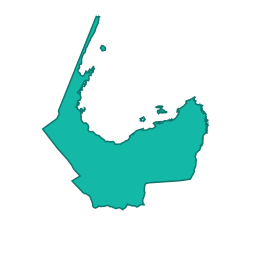 Nabire, Papua, Indonesia (Equal Earth projection), rotated 27°
{"feature_id": "22746128B29146649309875", "entity_name": "Nabire", "entity_type": "district", "adm_level": 2, "iso_a3": "IDN", "parent_name": "Indonesia", "parent_adm1": "Papua", "projection": "equal_earth", "projection_center": [135.366, -3.206], "detail": "fine", "context": "isolated", "style": "filled", "palette": "teal", "viewbox_px": 256, "rotation_deg": 27, "n_neighbors": 0, "source": "geoboundaries", "source_scale": "gbopen_adm2", "svg_char_len": 5796}
<svg xmlns="http://www.w3.org/2000/svg" viewBox="0 0 256 256"><g transform="rotate(27 128 128)"><path d="M177.2,189.1L175.1,187.7L173.7,185.3L173.3,181.6L172.4,177.9L171.0,176.6L170.1,174.5L168.8,171.1L169.0,169.8L169.9,168.6L172.4,166.8L198.6,151.1L206.8,145.2L206.9,138.1L206.7,136.5L205.8,134.9L205.6,131.4L204.3,128.0L203.6,127.2L203.6,125.6L200.5,122.9L200.7,121.3L200.0,119.4L200.5,118.8L200.5,118.1L201.8,115.1L201.3,111.4L201.8,109.7L200.9,110.0L201.4,109.2L201.0,107.6L201.3,107.3L200.8,107.2L200.7,105.7L199.3,103.9L199.7,103.6L199.3,103.3L199.2,102.1L198.5,101.9L198.4,100.4L199.2,97.8L199.9,97.2L199.8,96.7L200.6,96.4L199.9,95.6L199.5,95.9L199.7,95.2L199.1,95.2L199.0,95.8L198.8,95.1L199.6,94.0L199.1,93.8L198.8,94.3L198.3,94.0L198.7,93.0L198.2,92.8L198.1,93.5L197.7,92.9L198.4,92.0L197.6,91.5L198.1,90.8L197.8,90.2L198.2,89.2L197.5,89.2L197.0,89.9L196.8,89.3L197.3,88.6L197.0,88.0L196.2,90.0L195.7,90.0L195.5,89.3L196.3,88.7L195.2,87.6L195.3,86.2L195.7,85.7L195.3,85.5L194.6,86.3L193.8,85.7L193.7,86.2L194.4,87.2L193.4,86.8L193.8,85.1L194.6,84.7L193.7,84.6L193.4,83.9L192.5,84.7L192.4,84.1L192.9,83.5L192.4,83.2L191.8,83.7L192.5,82.4L191.5,81.7L191.4,80.5L190.5,80.4L190.2,80.9L190.3,79.8L189.0,79.5L188.8,80.9L188.4,80.9L188.0,79.9L188.5,79.5L188.4,79.0L188.0,78.8L186.6,79.7L186.7,78.5L186.4,78.3L185.9,79.1L185.1,77.8L184.8,78.1L185.0,79.5L184.4,78.2L185.2,77.3L185.2,76.8L183.7,76.5L184.2,74.1L182.8,74.3L182.3,75.0L181.2,74.2L180.3,75.5L177.3,75.8L176.5,74.7L176.2,73.0L173.9,73.5L174.1,72.8L173.6,71.2L173.9,70.5L173.4,70.0L171.5,73.4L170.7,74.0L170.1,75.6L169.4,75.5L168.3,77.2L167.7,77.3L167.6,78.1L168.9,79.4L168.4,79.6L168.4,80.8L167.5,83.4L165.5,87.2L164.0,87.8L164.4,89.1L164.4,91.0L165.0,91.2L165.7,89.7L166.3,90.3L166.6,92.2L166.3,93.3L166.6,94.2L166.3,94.5L166.3,96.1L165.4,99.3L164.8,99.8L164.7,99.2L164.5,100.5L164.0,100.8L162.9,100.4L163.0,102.2L162.9,102.3L161.9,101.7L161.7,102.5L160.3,102.6L160.5,103.2L160.2,103.6L157.1,105.1L156.2,108.1L154.4,109.6L152.4,110.7L152.0,110.1L151.6,110.5L151.8,109.7L151.0,109.4L148.9,111.1L148.5,112.3L151.9,113.9L150.9,116.5L150.0,117.7L147.5,118.5L145.5,121.6L141.4,123.4L140.7,122.7L136.8,126.5L135.5,130.0L135.7,131.4L135.0,131.7L134.7,131.2L133.1,134.6L134.1,135.1L133.4,139.1L131.8,140.5L131.4,141.8L129.3,144.4L128.7,145.6L127.4,146.4L127.5,146.8L127.3,146.5L124.0,148.3L121.4,146.8L120.7,147.0L118.4,148.5L116.0,149.1L113.9,150.4L111.8,149.2L109.5,149.1L105.4,148.0L102.3,148.6L99.0,147.4L97.7,147.4L96.0,148.5L94.3,148.7L93.0,147.6L92.9,146.0L92.3,144.7L90.5,143.1L89.6,143.2L88.6,142.5L86.3,143.8L85.3,143.6L83.1,142.3L81.9,140.9L80.8,138.6L79.6,137.1L79.6,136.3L80.3,135.6L79.9,134.8L80.4,133.5L80.2,132.8L81.2,132.8L81.3,131.0L80.9,130.1L80.0,129.9L80.6,131.3L80.5,132.5L79.1,132.6L77.9,131.6L77.1,132.4L79.0,135.4L78.6,135.6L77.8,134.7L76.3,134.1L74.5,134.1L73.6,132.7L73.0,133.3L72.1,133.0L72.4,130.8L72.8,130.9L73.4,130.1L72.9,129.9L73.0,129.1L73.4,129.0L73.2,127.9L72.6,127.6L72.2,130.4L71.7,129.3L71.7,128.1L71.3,127.9L71.6,126.6L71.1,126.3L72.5,125.1L72.3,122.3L70.1,120.0L69.6,118.3L69.3,118.2L68.9,119.4L67.1,119.6L66.8,119.0L67.1,118.1L68.1,117.6L67.5,117.5L67.6,115.7L68.4,115.9L67.9,115.0L67.9,113.2L68.5,113.1L69.3,114.5L68.4,111.4L68.1,111.6L67.7,110.9L68.0,110.6L67.8,110.0L68.3,109.5L67.8,108.0L67.9,106.1L68.5,105.6L68.5,104.9L69.2,105.1L69.8,104.2L71.4,103.7L71.1,102.1L69.5,99.7L69.7,98.7L71.2,98.0L70.4,96.4L71.0,95.1L70.8,94.2L71.1,93.4L71.4,93.5L70.8,91.5L71.4,89.9L70.4,90.9L69.5,89.0L69.1,89.5L68.9,91.6L69.1,92.3L69.6,92.4L69.6,93.2L68.9,93.7L67.2,92.9L67.1,95.4L68.5,95.8L68.4,96.3L67.4,96.6L66.6,97.6L65.6,96.4L65.3,96.8L64.8,96.5L64.9,101.4L64.1,102.4L61.5,102.3L60.6,101.1L58.0,100.4L57.0,99.5L57.5,96.9L57.2,95.7L56.0,94.0L56.2,92.9L57.2,92.5L57.2,91.2L55.2,87.6L54.6,82.7L54.7,81.6L55.4,80.6L54.9,77.9L54.2,76.3L54.6,74.7L54.2,68.0L54.5,67.3L54.1,65.1L54.7,57.6L53.9,53.0L53.8,48.2L52.9,46.2L52.9,44.8L51.8,43.5L52.2,41.8L51.1,41.8L51.0,42.8L49.1,43.0L58.3,144.4L60.3,146.5L60.4,151.9L52.4,167.7L74.6,178.2L88.3,183.5L94.7,186.7L98.8,189.5L107.1,192.5L102.2,200.6L117.6,206.1L119.4,206.1L120.1,205.6L125.0,206.1L130.5,211.0L132.5,213.9L133.6,214.2L135.3,214.1L137.0,212.0L137.1,210.9L139.1,210.5L142.6,208.3L145.2,206.0L147.4,206.3L150.0,205.3L150.7,205.6L153.9,205.2L156.3,202.9L160.5,203.0L160.4,202.0L161.0,201.8L161.9,200.1L162.2,196.2L163.1,196.5L164.3,195.8L167.1,195.5L169.3,194.2L171.6,194.4L172.4,193.8L174.1,190.5L177.2,189.1ZM152.2,95.9L148.6,96.5L148.0,97.5L148.2,98.6L147.4,98.1L146.6,99.0L146.8,100.2L148.7,101.4L149.5,99.8L150.9,99.3L149.9,98.8L151.7,98.3L152.2,98.7L152.9,98.0L153.2,97.0L154.1,96.8L154.3,97.1L153.8,97.6L154.3,97.6L155.3,96.6L154.9,96.0L154.1,96.5L152.2,95.9ZM68.8,66.0L67.4,66.3L67.0,68.9L67.3,69.4L70.1,70.9L72.3,69.0L72.4,68.4L71.2,66.7L68.8,66.0ZM148.6,93.0L145.0,94.7L143.5,96.7L144.4,96.8L147.5,95.1L148.8,94.1L149.2,93.3L148.6,93.0ZM154.6,107.3L152.1,108.8L152.3,110.3L152.9,110.3L154.4,108.8L153.8,109.0L154.6,107.3ZM139.4,112.7L138.0,111.8L138.7,113.2L138.3,114.8L138.9,115.0L139.4,112.7ZM135.7,114.2L135.7,113.7L136.6,112.8L136.3,112.0L134.7,114.1L135.7,114.2ZM69.8,106.0L69.3,106.5L70.0,107.2L69.5,108.4L70.3,108.4L69.8,109.2L70.4,109.3L70.7,108.2L69.8,106.0ZM164.3,89.3L164.0,88.8L163.6,89.1L164.1,90.4L164.3,89.3ZM136.2,115.5L136.0,114.6L135.4,115.4L135.8,115.9L136.2,115.5ZM137.0,115.4L137.1,114.6L136.7,115.2L137.0,115.4ZM164.3,100.3L164.1,100.0L163.6,100.5L163.9,100.8L164.3,100.3ZM148.9,95.8L148.3,95.8L148.3,96.4L148.9,95.8ZM162.8,101.6L162.1,101.6L162.8,102.2L162.8,101.6ZM70.2,110.9L70.5,109.8L69.9,110.9L70.2,110.9ZM162.9,101.4L162.4,100.9L162.8,101.6L162.9,101.4ZM69.5,114.7L69.4,115.3L70.1,114.8L70.0,114.6L69.5,114.7ZM142.3,121.7L141.9,121.6L141.9,121.8L142.3,121.7Z" fill="#14b8a6" stroke="#0f766e" stroke-width="1.5"/></g></svg>